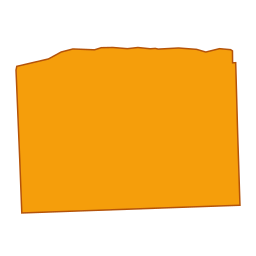 Buffalo, Nebraska, United States of America (orthographic projection), rotated 178°
{"feature_id": "52423323B63113999244824", "entity_name": "Buffalo", "entity_type": "district", "adm_level": 2, "iso_a3": "USA", "parent_name": "United States of America", "parent_adm1": "Nebraska", "projection": "orthographic", "projection_center": [-99.096, 40.85], "detail": "fine", "context": "isolated", "style": "filled", "palette": "amber", "viewbox_px": 256, "rotation_deg": 178, "n_neighbors": 0, "source": "geoboundaries", "source_scale": "gbopen_adm2", "svg_char_len": 489}
<svg xmlns="http://www.w3.org/2000/svg" viewBox="0 0 256 256"><g transform="rotate(178 128 128)"><path d="M228.9,46.8L86.5,46.9L18.8,46.9L18.6,118.4L18.1,189.5L21.2,189.5L20.9,201.4L22.7,202.7L33.8,204.1L47.6,201.2L56.7,204.2L74.7,206.2L95.1,205.8L97.9,206.6L103.0,206.4L115.3,208.1L125.8,207.3L140.3,209.0L151.9,209.2L158.7,207.3L180.3,208.9L192.1,206.3L205.1,199.8L237.0,193.5L237.9,189.8L237.3,100.2L237.1,46.8L228.9,46.8Z" fill="#f59e0b" stroke="#b45309" stroke-width="1.5"/></g></svg>